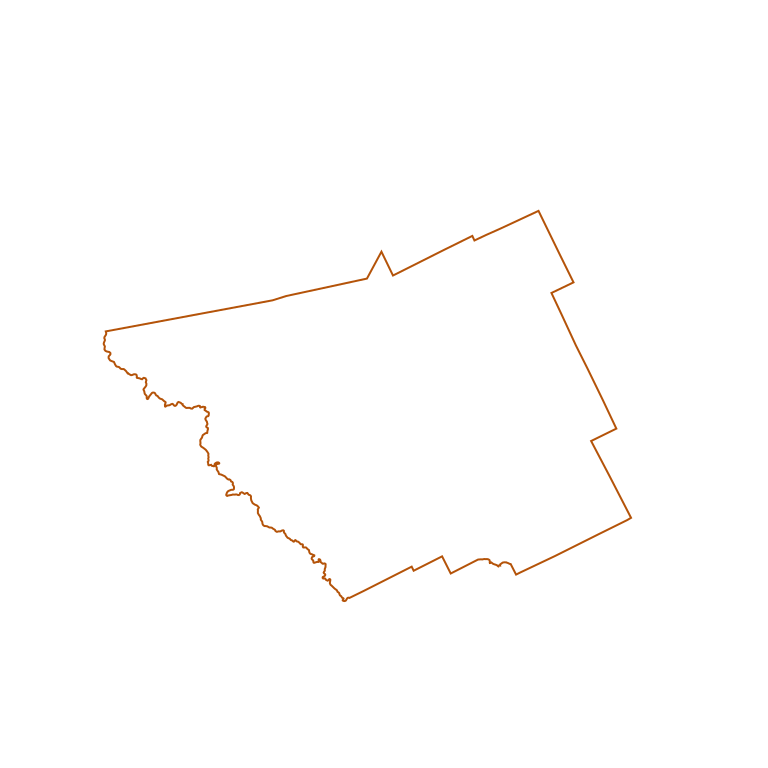 Lobos, Buenos Aires, Argentina (Mercator projection), rotated 21°
{"feature_id": "61730980B17134937162409", "entity_name": "Lobos", "entity_type": "district", "adm_level": 2, "iso_a3": "ARG", "parent_name": "Argentina", "parent_adm1": "Buenos Aires", "projection": "mercator", "projection_center": [-59.277, -35.199], "detail": "fine", "context": "isolated", "style": "outline", "palette": "amber", "viewbox_px": 768, "rotation_deg": 21, "n_neighbors": 0, "source": "geoboundaries", "source_scale": "gbopen_adm2", "svg_char_len": 6153}
<svg xmlns="http://www.w3.org/2000/svg" viewBox="0 0 768 768"><g transform="rotate(21 384 384)"><path d="M568.5,296.7L549.3,279.2L524.6,255.2L507.7,239.0L524.5,221.2L502.0,200.4L466.2,167.0L436.8,197.4L426.1,208.1L417.0,217.6L413.4,214.1L392.7,236.5L353.5,279.5L334.2,261.4L330.3,291.7L261.2,336.9L250.0,345.8L105.4,434.6L106.2,435.7L106.6,436.5L106.8,437.5L106.2,440.5L106.5,441.5L107.2,442.2L107.7,442.9L107.8,443.6L107.7,445.7L107.9,446.9L108.3,447.5L109.5,448.5L110.0,449.1L110.3,450.8L110.7,452.0L112.1,452.9L113.5,453.0L116.1,452.6L117.3,453.0L117.9,454.0L117.8,455.0L117.1,456.7L117.2,457.5L117.7,458.6L119.8,460.1L120.8,460.2L124.0,460.2L125.9,462.1L127.5,463.3L128.3,463.5L129.9,463.2L130.8,463.2L132.4,464.0L133.1,464.1L134.0,464.0L135.4,463.4L136.1,463.4L138.6,464.4L140.7,465.8L141.2,466.0L141.4,465.7L142.0,466.0L143.8,466.3L144.7,466.4L145.6,465.9L147.1,464.5L148.2,464.1L149.2,464.0L149.7,464.2L150.6,465.5L150.7,466.2L150.9,466.6L151.2,466.8L153.7,466.3L155.6,466.4L156.5,466.2L157.1,464.8L157.6,464.3L159.4,464.2L160.1,465.0L160.8,465.5L161.0,467.7L162.1,468.9L162.6,470.5L162.4,471.8L161.4,474.9L161.5,475.5L162.8,476.7L163.8,478.4L164.3,479.0L166.5,480.1L166.9,480.6L167.5,482.2L167.9,482.6L168.1,482.8L168.6,482.8L169.0,482.4L169.1,482.0L169.2,479.9L170.6,475.5L171.2,474.9L172.2,474.5L173.1,474.5L173.8,474.9L174.7,475.8L175.6,476.3L176.8,476.3L178.6,477.4L179.7,477.8L180.3,477.9L182.4,477.8L184.9,478.8L186.4,479.1L186.8,479.6L186.9,481.9L187.6,483.4L187.9,483.5L188.4,483.0L188.8,482.1L191.3,480.7L191.6,480.4L192.4,479.3L193.2,478.6L193.5,478.4L194.4,478.5L195.5,479.2L196.2,479.4L196.8,479.3L197.2,479.0L197.6,478.3L197.8,477.7L198.0,475.2L198.7,474.4L200.9,474.4L202.3,475.0L203.3,475.0L203.5,475.7L204.1,476.1L206.4,476.8L207.2,477.1L208.0,477.2L211.1,475.9L212.6,476.1L213.8,475.7L214.6,474.0L214.9,473.6L217.3,472.0L218.0,471.3L218.6,470.8L219.7,470.5L220.1,470.6L220.6,471.6L220.8,471.7L221.1,471.7L221.5,471.2L222.5,470.7L223.1,470.1L225.2,469.7L225.6,470.0L225.8,470.4L225.8,470.7L225.4,471.4L226.0,472.7L226.7,472.7L228.4,473.3L229.6,473.2L230.5,473.4L231.0,474.0L231.1,474.9L231.5,475.6L231.5,476.7L231.4,477.0L230.4,477.6L230.0,478.1L229.6,480.2L230.1,481.2L232.2,482.7L232.6,483.4L233.4,484.4L233.5,484.7L233.5,485.2L233.2,486.6L233.3,487.5L233.9,488.0L235.3,488.2L235.8,489.1L236.0,491.3L236.5,493.0L236.4,493.2L235.7,493.4L234.9,494.1L233.2,496.6L233.1,497.5L233.3,499.3L233.0,500.2L232.6,502.1L233.0,503.2L233.9,505.0L234.1,506.3L234.6,507.0L235.8,507.9L238.3,508.4L241.2,509.3L243.2,510.5L244.9,511.8L245.2,512.2L245.5,513.6L246.5,515.3L246.6,516.5L247.5,518.0L247.7,518.6L247.4,519.9L248.2,520.9L248.6,521.9L249.3,522.7L249.8,522.6L251.6,521.4L252.4,522.0L252.9,522.1L253.8,521.8L254.7,521.8L255.0,521.4L255.0,521.2L254.6,519.3L255.1,518.2L256.0,517.2L256.8,516.8L257.3,516.6L258.2,516.7L258.6,517.0L258.6,517.4L256.7,518.7L256.2,519.8L256.3,520.6L257.9,522.1L258.5,523.8L261.2,525.7L261.7,526.5L262.3,527.2L264.6,526.9L268.5,527.2L271.9,528.8L273.1,528.9L273.5,528.5L274.8,528.6L275.2,528.8L276.2,529.8L277.4,529.8L278.1,530.2L278.5,530.8L278.8,532.2L280.4,533.3L280.8,533.9L281.2,534.7L281.5,536.1L281.0,536.8L279.2,537.6L277.0,539.7L276.4,541.2L276.3,541.8L276.4,543.9L276.7,544.4L277.5,544.7L277.9,544.6L278.4,544.0L281.6,542.1L282.4,541.4L284.5,540.7L285.4,540.1L286.5,539.9L287.3,540.0L288.3,539.7L288.9,538.8L288.9,538.1L288.7,537.6L288.9,537.2L289.9,536.1L290.6,536.0L293.2,536.6L293.6,536.3L294.5,535.2L295.5,534.7L297.2,535.8L297.7,535.9L298.8,535.8L299.4,536.0L299.8,536.3L300.2,536.8L300.6,538.2L301.8,540.2L304.1,542.3L306.6,542.9L308.6,542.9L309.3,543.1L309.9,543.4L310.4,543.5L311.5,544.3L311.1,546.3L311.6,547.2L312.5,549.7L313.9,550.9L315.5,551.9L317.1,553.5L317.6,554.8L319.5,556.1L319.9,556.6L320.5,557.8L320.9,558.3L321.4,558.8L322.4,559.3L323.5,559.4L324.6,559.0L326.1,558.7L327.7,559.0L328.6,559.0L329.9,558.5L330.9,558.4L332.4,558.9L333.9,559.1L334.5,559.3L335.5,560.2L337.0,560.4L338.5,559.3L340.0,558.8L341.4,557.2L342.5,556.7L343.1,556.9L343.7,558.2L343.9,558.5L345.7,559.4L346.8,560.7L349.1,562.1L351.1,562.2L351.8,562.4L352.9,563.0L354.5,563.0L355.3,563.4L356.0,563.6L356.4,563.4L356.6,563.1L356.8,562.0L357.2,561.5L357.4,561.5L358.9,562.2L360.3,562.0L360.8,562.1L361.9,562.5L363.6,563.4L365.3,562.9L365.7,563.0L366.0,563.4L366.5,565.0L367.1,565.5L367.4,565.5L369.2,564.7L370.0,564.6L371.7,565.5L373.5,566.0L374.5,567.7L375.2,568.4L375.6,568.7L376.5,568.9L377.6,568.8L378.5,568.9L380.3,568.9L380.5,569.3L380.4,569.8L379.2,570.9L378.9,571.6L378.9,572.4L379.0,572.9L379.3,573.3L380.2,573.8L381.1,574.1L382.1,575.8L382.4,576.0L383.0,575.9L385.1,574.2L386.6,573.6L386.7,573.2L386.6,572.7L385.9,571.5L385.9,571.0L386.1,570.8L386.9,570.8L387.3,570.9L387.8,571.4L388.7,573.0L389.7,573.2L390.9,573.7L391.5,573.7L392.5,572.9L393.3,572.8L393.8,572.9L394.1,573.2L394.2,573.6L395.0,575.9L395.0,578.0L395.6,579.4L395.6,579.8L395.3,580.8L395.3,581.8L395.8,582.2L397.2,582.7L397.5,583.1L397.6,583.4L397.5,584.1L397.2,584.8L396.1,586.0L396.0,586.4L396.2,587.0L397.0,587.4L398.6,586.7L398.9,586.8L400.2,587.7L401.9,587.8L402.3,587.3L402.7,586.0L403.1,585.6L403.5,585.6L403.9,585.8L404.1,586.1L404.8,589.3L405.4,590.0L406.2,590.7L407.3,591.0L411.2,592.7L413.8,593.4L414.5,594.0L415.0,594.6L416.6,595.0L417.1,595.3L418.0,596.5L418.7,597.1L420.2,597.5L421.4,598.5L422.8,598.6L423.2,598.9L423.2,599.4L422.9,600.3L422.9,600.7L423.1,600.9L423.8,601.0L424.7,600.9L425.3,600.6L426.0,599.8L426.4,597.5L426.7,596.7L427.7,596.1L428.4,596.1L439.1,584.6L475.3,544.6L478.6,547.7L500.0,524.1L514.2,537.0L534.7,514.2L537.4,512.9L538.6,512.6L539.1,512.2L540.5,511.4L541.6,511.1L543.0,510.5L544.3,510.3L545.4,510.5L545.9,511.0L546.4,511.8L546.6,512.6L547.0,513.2L547.4,513.0L547.6,512.3L548.0,512.1L550.3,512.8L551.8,512.8L552.8,512.7L554.3,512.7L555.9,513.3L556.1,513.3L556.0,512.5L556.6,512.2L557.5,511.9L557.1,511.2L557.1,510.8L558.8,508.2L560.3,507.3L561.6,506.9L562.0,506.7L562.6,506.8L563.5,506.7L566.0,506.9L566.8,506.7L575.6,514.6L578.6,511.3L605.4,483.2L638.3,447.2L659.8,423.9L662.6,420.4L627.3,388.9L597.8,363.0L616.9,342.4L594.4,320.9L568.5,296.7Z" fill="none" stroke="#b45309" stroke-width="2"/></g></svg>